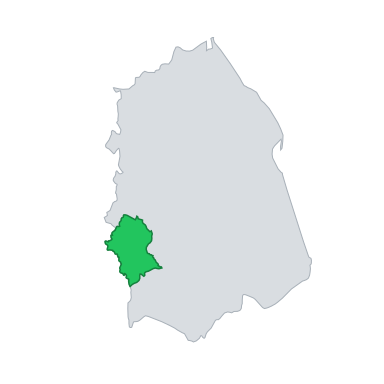 Lesser Poland on a map of Poland (Robinson projection), rotated 70°
{"feature_id": "POL-3170", "entity_name": "Lesser Poland", "entity_type": "Voivodeship", "adm_level": 1, "iso_a3": "POL", "parent_name": "Poland", "parent_adm1": "", "projection": "robinson", "projection_center": [20.414, 49.829], "detail": "fine", "context": "in_parent", "style": "filled", "palette": "green", "viewbox_px": 384, "rotation_deg": 70, "n_neighbors": 0, "source": "natural_earth", "source_scale": "10m", "svg_char_len": 6676}
<svg xmlns="http://www.w3.org/2000/svg" viewBox="0 0 384 384"><g transform="rotate(70 192 192)"><path d="M318.8,206.5L320.3,208.9L321.0,210.9L320.4,212.4L320.6,213.9L326.4,220.5L328.7,225.4L330.1,227.2L333.3,229.7L333.6,230.7L332.3,231.6L330.5,232.0L330.0,232.8L332.0,235.1L333.4,238.9L333.4,242.0L332.3,242.8L331.0,244.6L330.1,246.3L322.6,247.5L320.9,249.3L316.8,252.8L314.0,254.8L309.9,258.5L303.5,264.8L294.1,275.5L292.4,278.0L292.8,280.0L294.6,284.8L295.0,287.0L294.7,288.9L294.1,290.7L294.2,291.5L298.4,294.8L298.5,295.5L298.2,296.4L297.3,297.0L294.2,296.3L290.6,295.0L289.4,295.1L287.5,294.8L279.6,292.2L274.3,290.1L273.8,288.8L272.8,286.8L270.5,285.2L265.4,283.8L263.3,282.7L254.9,282.0L251.2,282.0L248.7,282.5L247.0,282.4L244.8,285.3L243.2,286.1L240.9,286.2L238.9,285.7L236.9,284.2L233.6,283.4L231.3,283.8L229.5,283.5L228.0,283.4L227.5,283.7L226.3,283.6L224.5,284.4L222.6,285.4L220.5,286.2L218.9,287.8L217.4,291.1L213.3,289.7L212.0,290.3L210.0,290.7L208.7,290.3L209.0,289.2L209.6,287.9L209.6,286.1L209.2,284.1L208.0,283.5L206.1,283.2L205.1,282.9L205.0,282.2L204.0,281.4L202.3,279.3L200.7,276.6L199.6,275.8L198.0,277.1L195.6,278.5L194.1,279.0L191.1,283.1L185.9,283.2L185.6,281.3L185.1,279.5L182.0,279.0L181.9,278.0L181.3,275.3L175.2,270.0L174.5,267.8L174.7,266.9L174.3,265.5L173.0,264.7L168.2,263.7L166.9,264.2L165.8,263.6L164.0,262.4L161.0,261.3L160.7,260.8L159.6,259.9L159.0,259.8L158.6,260.3L157.7,261.1L154.5,262.1L153.3,261.7L152.1,260.8L150.9,259.0L149.0,257.4L147.5,256.9L146.6,256.1L146.4,255.4L149.9,254.1L150.6,252.8L150.2,250.3L149.7,250.0L148.3,250.8L145.5,251.6L142.8,251.9L141.4,251.9L133.9,247.5L129.0,246.1L126.2,245.7L125.8,246.2L127.1,248.7L129.3,251.7L129.2,252.6L124.9,254.4L123.0,255.4L121.5,256.9L120.1,257.6L119.0,257.4L117.8,256.7L114.7,252.1L110.9,248.7L110.4,247.9L109.2,247.7L107.5,246.9L106.9,245.8L107.8,244.7L109.0,243.7L111.2,243.1L111.8,242.5L112.2,241.6L113.1,240.4L112.9,240.0L111.4,238.7L109.2,237.5L103.0,238.4L101.2,239.1L100.3,238.2L99.6,237.0L98.1,236.7L95.9,235.6L93.4,234.5L91.0,234.1L85.8,232.5L83.9,232.4L82.7,231.9L81.6,230.6L80.6,229.3L80.1,226.6L76.4,225.3L72.6,224.6L72.3,225.0L72.4,227.7L72.2,229.2L69.6,230.1L67.2,230.2L67.3,229.7L70.4,224.8L71.9,221.7L73.6,216.0L71.9,211.5L71.5,209.4L70.7,208.4L65.6,206.2L65.2,205.5L66.1,202.5L65.7,201.3L64.5,200.0L63.0,197.4L62.4,195.1L64.6,192.5L66.2,188.0L67.0,186.2L65.7,185.1L65.4,183.7L65.9,181.6L65.2,180.1L63.4,179.1L62.3,177.8L61.8,176.2L62.3,173.6L63.8,170.1L61.0,165.9L53.8,160.9L50.4,157.5L50.8,155.5L52.4,153.8L55.3,152.2L57.5,149.3L58.8,146.0L59.0,142.9L56.1,133.1L55.7,130.6L55.2,126.9L61.6,128.9L64.2,130.1L63.9,128.8L63.4,127.7L63.9,126.0L63.8,123.5L58.0,122.2L54.2,121.8L53.8,120.0L54.2,118.9L55.3,119.6L59.0,119.8L68.4,116.5L84.6,112.1L101.8,108.0L105.8,107.5L109.8,106.7L111.3,105.1L112.8,104.1L115.2,101.4L120.4,97.2L129.5,95.7L133.0,93.7L140.1,90.9L156.3,87.7L163.1,87.1L169.7,87.0L175.5,89.4L181.7,92.5L182.8,94.3L179.5,93.2L174.6,90.5L172.8,90.3L176.9,98.7L179.1,101.6L183.8,103.8L187.7,104.6L199.7,103.2L204.0,101.5L205.2,100.6L206.3,101.0L222.0,102.0L276.7,104.2L292.4,104.5L293.4,104.3L295.0,102.9L296.9,103.1L299.2,104.0L300.3,104.6L300.8,105.3L301.1,106.2L302.4,106.4L304.7,107.0L307.8,108.5L310.3,109.9L312.7,112.0L313.5,114.3L313.6,116.9L313.5,118.6L317.1,131.6L322.7,143.4L324.8,149.1L325.7,152.1L326.4,156.5L326.6,159.6L326.6,161.4L326.3,163.8L324.7,165.2L314.5,169.3L312.6,170.5L309.6,173.7L306.8,176.9L306.2,178.1L306.0,178.8L306.7,179.9L310.4,181.6L314.1,183.0L315.4,184.1L318.1,185.4L319.2,186.6L319.7,187.7L319.7,190.1L318.6,193.4L319.1,196.0L317.9,197.7L316.9,199.5L316.8,202.8L318.8,206.5Z" fill="#d9dde1" stroke="#a8b0b8" stroke-width="1"/><path d="M207.3,283.6L206.6,283.5L205.0,283.0L205.0,282.6L205.0,282.0L205.1,281.8L205.2,281.6L204.1,281.6L203.4,281.4L203.0,281.1L202.8,280.9L202.3,279.7L201.8,277.8L201.5,277.1L200.8,276.7L200.6,276.5L200.1,275.8L199.9,275.7L199.7,275.3L199.0,274.9L198.7,274.3L198.9,273.5L199.4,272.7L199.5,271.7L197.6,271.4L196.5,271.0L195.6,270.3L195.1,269.2L194.5,268.3L193.1,267.8L192.2,266.6L192.2,265.3L191.5,264.7L190.8,264.6L190.2,264.0L190.5,262.8L191.2,261.7L191.8,260.9L198.7,254.8L197.4,253.3L195.9,252.1L196.8,251.5L198.7,251.7L199.9,250.3L200.7,249.0L201.5,248.1L203.1,248.8L203.9,248.8L204.6,248.7L207.1,247.1L208.7,246.9L210.3,247.0L211.2,246.9L214.9,245.1L214.8,244.4L214.6,243.6L217.3,243.6L218.5,244.1L219.4,244.9L221.8,245.6L224.0,246.7L225.4,248.8L225.8,250.5L226.3,251.3L227.6,252.8L228.2,253.7L230.3,254.7L234.1,254.8L235.0,254.1L235.1,253.7L235.4,253.2L236.4,252.9L236.8,252.6L236.8,252.4L236.9,252.0L237.0,251.8L237.1,251.7L237.3,251.7L238.0,251.2L238.2,250.6L238.4,250.4L239.5,251.2L240.0,251.0L240.4,250.7L240.8,250.5L241.2,250.7L241.6,250.5L242.4,250.5L242.7,250.3L242.9,250.0L243.2,249.9L243.5,249.8L245.6,249.7L246.0,249.6L246.4,249.4L246.6,249.2L246.9,249.0L248.1,248.5L248.4,248.5L248.8,248.6L249.1,248.9L249.3,249.1L249.8,249.0L249.8,248.9L250.3,248.4L250.5,248.2L250.8,248.2L250.8,247.9L251.0,247.7L251.3,247.5L251.7,247.3L251.8,246.8L252.1,247.0L252.3,247.0L252.6,246.8L252.6,246.7L252.6,246.3L253.1,246.3L252.8,249.3L251.9,251.0L250.9,252.5L250.7,254.5L251.5,260.0L251.3,261.6L251.3,263.0L251.5,263.4L251.7,263.9L252.4,264.5L253.2,264.6L254.3,265.0L254.7,266.1L251.8,267.9L251.3,268.8L252.2,269.5L255.3,270.6L257.0,272.1L258.0,274.7L258.1,276.0L258.0,277.2L258.5,279.9L259.6,282.4L259.6,282.5L259.1,282.6L258.7,282.5L257.6,282.7L257.1,282.7L254.3,282.1L252.7,281.4L252.3,281.3L251.8,281.6L250.9,282.7L250.4,283.1L249.7,283.2L249.3,282.9L248.9,282.5L248.4,282.2L247.9,282.2L246.7,282.4L246.3,282.6L245.7,283.1L246.1,283.5L246.7,283.8L247.1,284.3L246.8,284.7L246.3,284.8L245.7,284.8L245.2,284.9L244.6,285.3L243.7,286.5L243.1,286.9L242.4,287.1L241.9,287.0L241.4,286.8L240.9,286.4L240.4,286.0L239.9,286.0L239.4,286.0L238.8,285.9L238.3,285.6L235.7,283.1L235.3,283.0L234.2,283.2L233.6,283.1L233.3,283.1L233.0,283.2L232.6,283.7L232.2,284.0L231.5,284.2L230.9,284.0L228.5,283.0L228.0,283.1L228.0,283.7L226.5,283.8L225.3,283.4L225.0,283.4L224.7,283.6L224.6,283.8L224.5,284.2L224.4,284.7L224.2,285.2L224.0,285.4L221.8,285.5L221.3,285.7L220.7,286.3L220.4,286.6L219.8,286.5L219.7,286.5L219.0,287.7L218.8,288.1L218.6,288.5L218.3,288.9L218.1,290.1L217.8,291.1L217.2,291.4L216.3,291.0L214.8,289.9L214.0,289.5L213.0,289.6L212.5,289.9L211.9,290.4L211.5,290.8L210.9,291.0L209.6,290.9L208.8,290.7L208.5,290.2L208.6,289.7L209.7,288.3L209.8,288.2L210.0,288.1L210.2,287.8L210.2,287.7L209.9,287.5L209.9,287.4L209.5,287.1L209.4,287.0L209.4,286.9L209.6,286.6L209.7,286.4L209.5,284.7L209.4,284.1L209.1,283.4L208.8,283.2L207.9,283.5L207.3,283.6Z" fill="#22c55e" stroke="#15803d" stroke-width="1.5"/></g></svg>